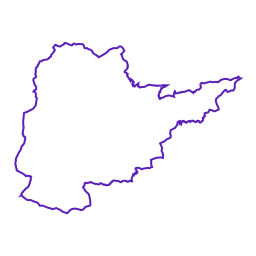 the district of Mogos, Alba, Romania
{"feature_id": "2599482B52789087649839", "entity_name": "Mogos", "entity_type": "district", "adm_level": 2, "iso_a3": "ROU", "parent_name": "Romania", "parent_adm1": "Alba", "projection": "mercator", "projection_center": [23.332, 46.276], "detail": "fine", "context": "isolated", "style": "outline", "palette": "violet", "viewbox_px": 256, "rotation_deg": 0, "n_neighbors": 0, "source": "geoboundaries", "source_scale": "gbopen_adm2", "svg_char_len": 5694}
<svg xmlns="http://www.w3.org/2000/svg" viewBox="0 0 256 256"><path d="M67.3,213.2L70.5,209.7L72.8,208.8L75.6,208.6L80.4,209.8L80.9,210.2L82.8,209.7L84.7,207.9L85.0,207.1L90.3,205.4L90.4,202.8L90.0,199.4L89.0,194.8L88.6,193.9L86.5,192.1L84.8,190.2L84.4,189.1L83.0,187.3L84.4,185.5L84.6,184.8L84.5,183.8L85.0,182.9L86.0,182.8L87.2,183.1L88.8,182.5L89.8,182.7L90.8,182.0L94.0,183.5L95.6,184.0L97.3,183.9L97.9,184.4L99.1,184.4L99.7,184.1L100.3,183.2L100.6,183.2L102.0,183.7L103.0,184.3L103.3,184.7L104.9,184.5L105.5,184.8L105.6,185.2L107.0,185.2L109.2,184.8L109.2,184.2L110.4,183.8L110.6,182.9L111.7,182.2L111.6,181.6L111.8,181.5L112.4,181.5L113.0,180.7L113.7,180.5L118.9,181.2L120.3,182.1L121.3,182.1L122.2,181.2L123.8,180.7L126.5,180.9L127.0,181.7L128.1,181.8L129.7,180.7L131.3,181.4L132.1,181.3L131.6,179.7L131.7,178.4L132.7,176.2L133.2,174.2L133.4,174.3L133.7,175.4L133.9,175.4L134.4,174.4L134.8,174.1L135.2,173.1L136.0,173.7L136.3,173.2L136.1,172.5L137.3,172.6L137.3,171.8L136.3,169.9L135.6,169.4L135.6,168.4L136.3,167.9L138.9,167.8L141.0,168.9L142.2,169.2L142.9,168.7L147.6,167.9L149.4,168.2L150.2,167.9L151.0,167.1L152.0,167.0L151.1,163.8L151.3,162.3L150.9,159.9L156.3,157.8L160.9,157.4L163.0,157.9L163.1,155.8L162.8,153.8L162.7,153.0L161.7,151.4L161.6,150.6L162.1,148.5L161.8,147.1L160.1,143.4L163.6,141.6L164.1,141.6L166.8,139.3L169.9,138.0L170.7,137.1L170.9,135.7L170.1,133.8L170.6,130.2L175.2,127.8L177.3,124.6L177.5,122.6L177.9,121.8L178.6,122.0L179.5,120.9L180.1,121.0L179.8,121.8L179.8,122.7L180.1,122.2L180.7,122.6L180.9,124.2L181.1,124.4L181.5,122.7L182.5,121.1L183.4,121.5L183.4,121.0L183.7,120.9L184.0,121.1L184.1,121.7L184.9,121.8L185.5,122.4L186.1,122.1L186.2,122.6L187.1,122.3L188.7,120.9L189.7,121.0L190.3,122.0L191.6,120.7L192.8,120.9L193.2,120.6L193.6,120.8L194.1,121.5L195.6,122.1L197.0,121.5L197.2,121.3L197.1,120.9L197.6,120.7L198.9,121.0L199.3,122.1L200.1,122.6L200.7,122.5L201.2,122.1L201.6,121.2L202.5,121.0L203.0,120.1L202.9,118.7L203.4,118.4L202.9,117.7L205.0,116.1L204.5,115.4L204.8,113.2L208.1,112.4L208.7,111.8L209.0,110.8L209.5,109.7L212.0,110.2L213.1,111.0L214.8,111.3L218.7,109.5L218.7,108.4L218.1,106.7L216.8,104.5L216.4,102.7L215.8,101.3L216.2,98.7L218.2,97.0L218.7,96.1L220.6,95.3L223.4,91.7L225.4,89.8L226.0,89.9L227.2,91.7L227.8,91.9L229.4,91.4L231.3,90.4L233.3,90.6L234.8,88.0L234.7,85.4L235.0,82.9L237.7,80.1L239.3,79.5L240.6,78.5L240.1,78.5L239.6,77.7L238.4,76.6L236.9,77.8L237.0,78.0L235.6,78.0L233.9,78.4L232.8,79.2L232.1,79.3L230.6,80.2L226.8,78.9L223.7,79.0L222.9,79.4L220.9,79.8L220.7,80.3L219.2,81.1L219.1,81.5L218.4,82.1L214.8,81.9L212.5,82.3L210.4,81.6L205.9,82.9L205.1,82.9L204.0,83.4L201.9,82.8L201.2,83.1L200.6,83.9L200.4,84.8L200.5,85.6L201.0,87.1L200.4,88.2L199.2,89.5L198.3,89.5L196.6,90.0L195.4,91.2L194.8,91.4L194.8,91.9L192.9,92.0L193.0,92.7L189.0,90.1L185.4,91.5L183.6,92.0L182.0,91.8L180.7,92.7L179.6,92.4L178.1,93.0L176.3,93.4L175.3,93.4L175.1,92.4L175.3,91.7L174.9,91.2L174.5,91.9L173.6,95.1L173.5,95.5L174.0,96.7L169.3,95.5L168.2,95.5L164.7,96.5L163.6,97.4L161.0,98.0L160.0,99.0L159.2,98.2L159.1,97.6L159.3,97.2L158.4,95.8L158.9,95.3L158.9,94.3L159.3,93.8L159.2,92.7L159.5,91.7L160.2,91.9L160.8,89.6L161.2,89.1L161.2,88.2L162.3,88.3L163.3,86.9L163.9,87.1L164.7,86.9L167.2,85.3L162.9,85.2L161.0,85.7L158.1,85.6L156.8,86.0L156.0,85.7L155.5,85.3L153.5,85.5L149.5,84.7L147.6,85.2L145.8,86.3L144.3,86.9L140.9,87.1L139.6,87.5L138.7,86.1L138.1,86.2L138.4,83.4L135.8,85.3L134.8,86.4L134.6,86.5L134.1,85.8L133.1,86.1L132.9,85.4L133.5,85.2L133.3,84.3L132.4,83.8L133.7,82.6L133.7,82.1L133.4,81.7L132.8,81.8L132.7,81.6L132.6,80.7L132.2,80.1L131.4,80.0L131.3,80.3L131.1,80.1L130.8,80.3L130.7,80.0L131.0,79.6L130.9,79.4L130.3,80.8L129.9,79.7L128.6,78.3L128.3,77.2L127.0,75.7L127.0,75.1L127.6,74.7L127.6,73.8L126.3,72.9L124.8,72.3L124.6,71.9L124.7,71.3L126.6,69.3L127.7,67.8L127.4,66.4L128.0,66.0L126.8,61.7L123.3,59.5L122.4,57.4L121.9,55.4L121.1,54.3L121.9,53.8L124.3,50.8L123.3,48.8L121.6,46.8L120.4,46.4L119.1,46.5L117.6,48.0L113.1,48.2L109.1,49.9L107.6,51.7L104.8,53.8L98.8,57.3L98.2,56.4L96.3,55.4L96.1,54.9L94.9,54.4L92.6,52.7L92.7,51.8L91.1,50.1L90.0,49.5L88.6,49.3L87.2,48.2L84.8,48.2L84.5,47.9L84.2,46.5L83.7,45.5L82.8,44.2L77.5,44.0L75.9,44.5L74.3,43.6L73.6,43.6L72.2,45.2L71.1,45.3L65.3,42.8L64.4,43.0L63.8,44.5L61.1,45.7L60.4,46.5L58.6,46.3L56.6,45.5L56.3,45.1L55.2,44.9L54.3,46.0L54.0,46.7L53.2,47.4L53.8,48.6L54.7,49.6L54.7,50.6L53.5,52.0L53.4,52.5L51.1,55.1L51.0,56.5L49.0,57.8L49.1,58.2L47.2,59.5L44.7,59.7L41.8,60.7L41.6,61.2L39.8,61.3L38.8,63.8L38.0,64.6L37.9,65.3L37.5,66.0L37.6,66.4L36.8,67.2L36.1,67.6L35.8,68.6L35.9,69.4L35.6,70.6L36.0,71.7L35.2,74.2L35.9,75.6L36.1,77.0L33.7,78.7L33.4,79.2L33.3,80.4L34.2,82.6L34.4,84.2L35.0,84.9L36.2,87.2L36.2,89.3L34.1,90.5L33.5,91.5L34.6,91.6L35.6,92.9L35.9,94.4L35.7,96.7L36.3,97.3L36.8,98.1L35.7,105.5L33.3,108.6L28.1,111.4L24.0,113.0L23.1,122.5L23.6,127.8L23.2,130.1L22.9,131.0L22.9,132.2L22.6,134.0L23.3,134.7L23.2,135.6L24.1,136.6L24.9,136.8L25.4,138.8L24.7,140.3L24.6,141.9L24.2,143.3L23.2,144.8L21.8,146.1L21.0,148.4L20.7,149.7L19.0,152.3L16.4,157.5L15.8,159.3L15.9,161.3L15.4,162.3L15.4,164.5L15.8,165.3L16.1,167.7L16.8,169.4L16.7,170.4L22.9,173.6L25.1,175.2L25.8,176.1L27.3,175.7L27.7,175.9L30.3,176.2L31.1,176.8L30.6,177.8L30.9,179.0L30.7,180.2L30.0,181.8L29.7,183.5L29.2,184.3L29.0,185.4L27.9,187.2L25.8,188.6L24.5,190.2L23.4,191.0L23.0,192.0L22.6,192.2L22.0,193.0L21.3,194.3L21.3,195.3L21.0,195.6L21.9,195.4L22.6,196.6L24.2,197.7L26.2,199.4L27.5,200.0L30.8,200.1L34.2,201.6L36.8,202.4L38.0,203.1L39.8,205.7L43.0,205.7L48.2,207.8L50.8,208.4L52.2,209.2L56.4,208.1L58.6,209.3L60.1,209.7L61.8,211.2L64.2,212.3L67.3,213.2Z" fill="none" stroke="#5b21b6" stroke-width="2"/></svg>